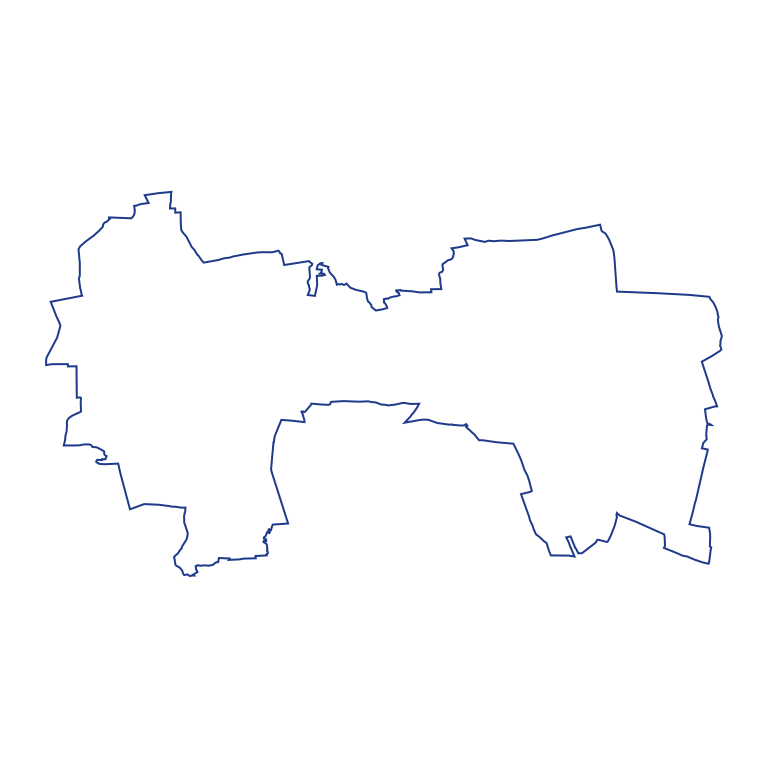 outline of Podu Turcului, Bacau, Romania
{"feature_id": "2599482B35845485094617", "entity_name": "Podu Turcului", "entity_type": "district", "adm_level": 2, "iso_a3": "ROU", "parent_name": "Romania", "parent_adm1": "Bacau", "projection": "robinson", "projection_center": [27.419, 46.199], "detail": "fine", "context": "isolated", "style": "outline", "palette": "blue", "viewbox_px": 768, "rotation_deg": 0, "n_neighbors": 0, "source": "geoboundaries", "source_scale": "gbopen_adm2", "svg_char_len": 6073}
<svg xmlns="http://www.w3.org/2000/svg" viewBox="0 0 768 768"><path d="M228.7,559.9L239.3,559.4L243.5,558.6L255.7,558.3L255.5,556.0L266.8,555.4L266.9,555.0L266.5,554.3L267.9,553.0L267.9,552.1L266.9,550.7L267.4,549.3L266.8,544.6L266.4,543.8L265.3,543.0L263.5,542.2L263.5,541.8L263.9,540.8L266.2,541.0L266.2,539.5L263.8,538.4L264.1,537.1L265.4,536.5L267.2,532.1L269.3,533.1L269.9,532.2L268.4,530.3L268.5,529.5L269.3,529.2L270.2,530.3L271.0,530.2L272.0,526.4L272.8,524.6L288.1,523.5L271.3,470.8L271.1,468.9L273.5,442.1L273.9,442.0L274.7,436.2L281.4,419.9L289.9,420.5L304.5,422.1L304.4,420.3L302.4,413.4L301.5,412.0L301.5,411.6L302.3,411.4L304.5,412.0L305.4,411.4L310.9,404.9L311.3,403.6L322.1,404.6L328.9,404.8L330.3,404.0L330.9,402.0L331.5,401.8L343.9,401.1L359.3,401.7L368.2,401.3L371.8,402.1L375.7,402.4L381.5,404.6L383.6,404.6L388.6,405.4L395.2,404.6L403.3,402.8L411.3,404.0L419.1,403.7L416.8,408.0L413.4,412.9L411.7,414.6L410.5,416.5L404.6,422.7L418.5,420.2L422.2,419.7L426.3,419.6L429.0,420.0L437.2,423.0L448.9,424.6L452.5,424.5L452.9,424.9L462.5,425.6L463.8,425.3L466.2,424.1L467.4,425.9L466.0,426.7L467.5,428.5L468.9,429.4L472.5,432.9L474.1,434.0L479.0,440.2L483.2,440.3L496.2,442.2L513.4,443.7L518.0,453.0L521.2,460.3L524.6,470.2L527.3,475.3L529.1,480.5L531.8,491.0L530.3,491.8L528.2,492.4L521.0,494.1L529.0,516.4L530.0,520.3L532.7,525.9L533.6,528.9L535.3,532.9L536.1,534.4L540.0,537.4L544.2,541.4L546.6,543.1L548.8,550.3L550.8,555.4L568.6,555.6L574.5,556.5L570.1,546.2L568.6,542.1L566.2,537.4L568.7,536.8L570.6,536.4L575.3,548.0L576.1,548.9L578.3,553.3L582.0,553.2L595.6,542.7L597.3,539.8L598.6,539.8L606.9,542.0L607.9,541.3L610.9,535.4L614.7,525.7L617.0,516.8L616.5,515.6L616.5,514.8L616.9,513.0L619.7,515.5L635.8,521.7L664.2,534.4L664.7,537.9L665.0,545.8L663.9,547.9L678.1,553.6L682.3,555.6L687.1,556.5L695.0,559.8L703.3,562.6L708.6,563.7L709.3,561.1L710.6,550.5L711.3,547.4L709.9,546.5L710.2,536.2L710.0,532.9L709.1,527.7L696.3,525.9L689.5,524.2L692.9,511.7L695.2,502.0L695.8,500.6L703.5,467.0L707.8,449.9L707.7,449.5L701.9,448.3L703.4,442.9L706.7,439.3L706.2,434.6L707.0,425.5L707.4,424.9L707.9,424.7L711.4,425.0L710.8,424.5L707.8,423.5L707.3,423.0L706.2,418.9L705.0,409.3L714.6,406.5L717.1,406.4L715.2,401.0L713.0,396.1L712.8,394.9L710.4,388.6L708.1,380.8L701.8,361.7L711.3,356.4L719.8,351.0L720.9,350.0L721.4,349.3L720.1,345.4L720.4,344.1L720.5,341.0L721.9,336.1L719.0,327.0L718.2,322.7L717.9,319.0L718.6,317.2L717.9,315.2L717.4,311.8L715.8,307.5L713.7,303.1L710.2,298.7L709.4,296.8L689.1,294.9L657.7,293.2L617.0,291.6L616.4,285.8L614.4,257.6L613.4,250.2L609.1,239.6L605.9,234.1L605.1,233.2L602.4,231.6L601.5,230.6L600.1,224.7L585.3,227.8L577.5,229.0L551.8,235.6L543.0,238.4L537.3,239.8L509.3,241.0L501.4,240.6L493.7,241.2L488.6,240.7L485.0,241.9L475.4,240.0L471.0,238.4L464.6,238.6L467.6,245.2L458.0,247.4L451.6,248.3L453.6,251.0L453.8,252.6L453.7,254.2L452.8,257.5L452.2,258.5L450.4,259.7L448.4,260.0L442.5,264.3L442.5,265.9L443.2,269.8L442.2,271.7L439.8,272.7L439.3,273.3L439.0,274.7L440.3,279.1L440.3,282.8L441.3,289.1L431.1,289.2L431.4,292.3L419.3,292.4L412.2,291.3L400.9,290.6L400.7,290.1L400.3,290.0L397.8,290.5L396.6,290.2L396.1,290.5L396.3,291.0L397.4,292.3L398.8,292.9L399.5,295.2L395.9,296.4L394.3,296.4L390.1,297.5L388.1,298.7L387.5,298.5L386.8,298.8L386.4,298.5L383.8,299.2L384.1,301.3L383.9,302.3L385.4,303.8L386.9,306.5L387.2,308.0L382.6,309.3L375.9,310.5L371.5,307.0L371.3,305.2L369.6,302.7L368.1,301.6L367.0,298.4L366.3,293.2L365.7,292.5L363.0,291.4L356.1,289.9L350.8,287.9L350.1,287.5L346.6,283.6L344.0,285.0L341.7,283.9L339.8,284.5L338.3,284.1L336.9,284.7L335.5,279.8L334.0,277.1L329.8,272.5L328.2,268.6L328.1,267.6L328.4,266.9L321.5,264.9L322.3,263.1L320.4,263.3L317.7,265.3L316.7,269.3L321.9,269.7L321.7,271.0L321.0,272.6L320.1,273.4L322.4,273.4L322.9,273.9L324.1,273.8L324.8,274.9L322.9,275.1L322.8,275.6L316.8,275.9L317.2,285.0L314.9,295.9L307.8,295.0L309.5,290.9L309.8,288.9L309.2,287.7L308.8,285.1L308.2,284.1L307.7,282.0L307.8,281.3L309.6,278.6L310.0,276.9L309.3,267.5L309.7,266.9L311.6,265.5L312.2,264.4L312.1,263.6L309.7,262.0L309.0,261.1L284.2,265.0L281.7,253.9L280.3,253.5L279.4,251.7L278.5,250.7L272.0,252.3L263.3,252.2L257.1,252.5L242.7,254.6L232.1,256.7L229.8,257.6L224.0,258.3L218.3,260.0L203.7,262.6L201.8,260.5L198.7,256.0L197.4,254.8L194.2,249.6L191.7,247.0L186.6,236.9L182.6,232.2L181.2,229.8L180.8,223.5L180.6,212.3L175.3,212.7L175.2,208.4L170.0,208.5L170.2,204.9L170.9,201.0L171.0,194.2L171.4,191.9L158.0,193.2L144.7,195.2L148.6,203.0L142.0,203.9L138.8,204.6L137.0,205.5L134.2,205.9L134.8,210.9L134.4,214.1L133.1,216.5L131.4,218.3L109.0,217.4L108.9,218.2L109.8,218.9L106.6,221.8L104.7,222.5L104.0,223.3L103.1,224.6L102.8,226.7L99.7,230.2L93.6,235.7L85.4,241.7L80.1,246.4L78.5,249.3L79.8,263.1L79.8,275.7L78.9,278.6L80.2,288.3L80.6,289.4L81.5,294.1L82.2,295.7L50.7,301.8L56.4,316.3L59.7,323.5L60.3,325.5L60.2,326.6L57.2,337.5L46.8,357.1L46.3,358.6L46.1,360.8L46.1,365.1L51.6,364.2L67.8,364.1L67.9,366.4L76.5,366.3L76.8,397.7L80.3,397.4L81.0,398.2L80.7,402.2L81.0,411.6L72.2,415.7L68.8,418.1L67.2,420.4L66.8,422.6L67.0,425.0L66.6,431.4L65.4,436.0L65.2,439.5L63.8,445.5L78.9,445.4L84.1,444.4L90.0,444.5L91.5,445.4L92.3,446.9L96.3,447.3L97.8,447.8L104.1,451.3L104.3,454.3L105.2,455.4L106.6,456.1L105.4,459.3L102.1,459.1L102.1,460.1L97.3,459.8L96.6,460.6L96.2,461.8L96.5,462.4L98.4,463.0L99.0,463.8L99.9,464.0L105.7,464.2L118.2,463.6L120.2,472.7L130.0,509.3L144.1,504.1L158.3,504.7L168.7,506.0L171.0,506.5L176.9,506.9L180.5,507.6L185.4,507.6L185.2,511.6L184.8,512.5L184.0,516.9L184.3,519.6L184.1,522.1L187.4,531.9L187.7,533.6L187.4,536.1L186.6,539.3L181.9,546.8L181.6,548.5L180.4,549.6L177.9,553.4L175.3,555.6L174.0,557.2L174.5,558.7L175.4,564.6L176.2,565.7L179.6,567.5L181.6,569.8L182.4,571.2L183.2,573.7L184.2,575.1L187.3,574.4L190.0,576.1L192.0,575.5L193.9,575.5L193.0,574.7L197.5,572.0L196.1,569.4L195.7,566.3L196.6,566.1L196.7,565.6L198.0,565.2L200.1,565.7L204.8,565.4L208.8,565.7L213.0,564.8L215.2,562.9L217.0,562.1L218.1,562.1L218.9,558.0L229.5,558.5L228.7,559.9Z" fill="none" stroke="#1e3a8a" stroke-width="2"/></svg>